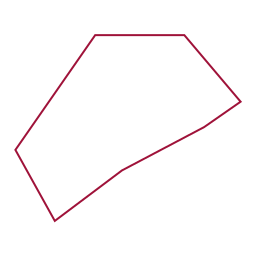 outline of City of Freeport
{"feature_id": "BHS-5010", "entity_name": "City of Freeport", "entity_type": "District", "adm_level": 1, "iso_a3": "BHS", "parent_name": "The Bahamas", "parent_adm1": "", "projection": "robinson", "projection_center": [-78.623, 26.526], "detail": "fine", "context": "isolated", "style": "outline", "palette": "rose", "viewbox_px": 256, "rotation_deg": 0, "n_neighbors": 0, "source": "natural_earth", "source_scale": "10m", "svg_char_len": 218}
<svg xmlns="http://www.w3.org/2000/svg" viewBox="0 0 256 256"><path d="M240.6,101.7L204.1,127.1L122.0,170.4L54.8,220.9L15.4,149.9L95.2,35.1L184.3,35.1L240.6,101.7Z" fill="none" stroke="#9f1239" stroke-width="2"/></svg>